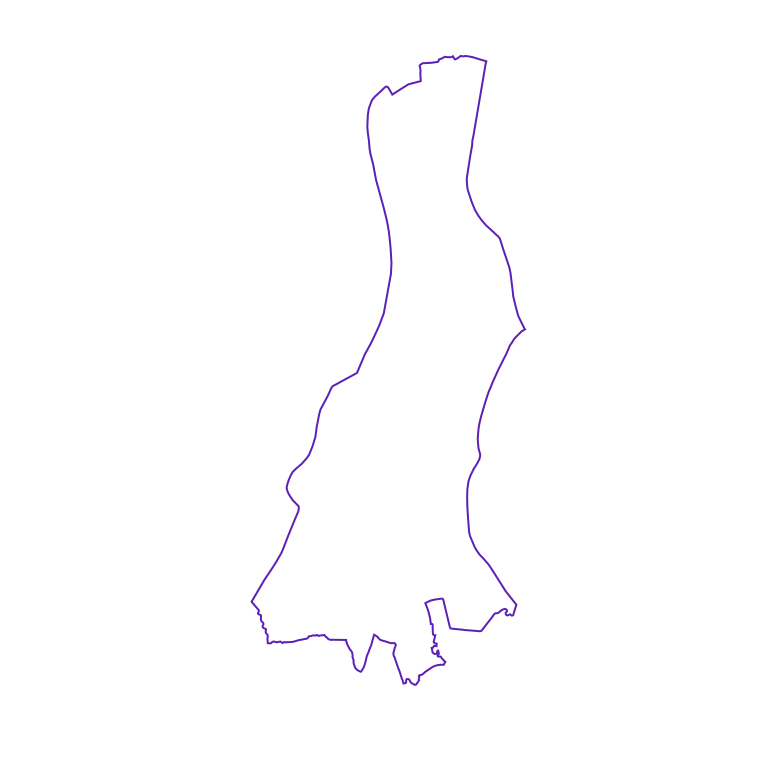 the district of Cho Lach, Bến Tre, Vietnam, rotated 74°
{"feature_id": "81297802B13885304658875", "entity_name": "Cho Lach", "entity_type": "district", "adm_level": 2, "iso_a3": "VNM", "parent_name": "Vietnam", "parent_adm1": "Bến Tre", "projection": "orthographic", "projection_center": [106.202, 10.224], "detail": "fine", "context": "isolated", "style": "outline", "palette": "violet", "viewbox_px": 768, "rotation_deg": 74, "n_neighbors": 0, "source": "geoboundaries", "source_scale": "gbopen_adm2", "svg_char_len": 6117}
<svg xmlns="http://www.w3.org/2000/svg" viewBox="0 0 768 768"><g transform="rotate(74 384 384)"><path d="M370.3,233.4L369.9,233.6L361.4,235.2L355.4,236.2L346.6,236.1L335.4,235.6L329.2,234.5L322.7,233.5L312.2,231.8L306.3,231.4L285.9,232.3L279.9,232.4L275.9,232.6L273.2,233.8L271.5,235.0L269.6,236.0L259.5,242.2L253.3,245.1L247.6,247.1L241.6,248.6L234.0,249.4L231.2,249.6L220.1,250.0L214.9,249.2L208.9,247.7L205.3,246.0L189.1,238.5L178.7,233.4L174.7,232.1L169.8,229.5L104.4,198.1L102.0,196.7L97.4,203.9L97.0,204.5L94.2,208.8L92.6,212.0L91.2,215.1L90.9,217.6L89.8,219.8L91.2,223.8L91.6,226.2L90.6,226.8L88.0,227.4L88.4,228.3L88.4,228.9L88.2,230.1L87.0,233.8L86.2,235.5L86.8,237.5L87.0,238.7L87.1,241.3L87.4,241.8L87.7,242.2L88.8,242.7L89.1,243.1L89.2,243.6L88.3,249.8L86.3,258.5L87.2,261.1L87.8,262.0L90.7,262.2L92.2,262.4L93.3,262.6L95.6,263.5L103.0,265.2L102.7,275.4L102.7,278.0L105.3,287.1L108.1,296.2L100.2,298.2L99.4,298.7L99.0,299.4L98.7,300.1L99.2,301.7L101.7,306.4L105.3,313.6L107.6,317.1L110.9,319.7L115.3,322.8L121.0,325.4L132.4,329.2L138.7,330.4L146.5,331.5L153.7,333.0L158.9,333.6L169.9,333.9L185.7,335.4L214.5,335.7L227.6,336.2L238.9,337.3L250.3,339.3L257.5,340.7L270.2,343.6L280.1,347.0L316.0,364.7L326.4,372.4L330.3,375.7L339.8,384.0L346.8,390.8L349.7,393.8L365.9,406.9L371.9,433.7L372.9,435.3L379.9,441.3L391.0,452.1L395.3,454.7L403.6,458.9L406.2,460.3L415.9,464.5L423.8,469.6L431.5,475.6L433.9,478.6L437.9,484.8L441.2,492.0L443.2,495.8L446.1,498.8L450.1,502.1L453.5,504.4L456.8,506.2L458.8,506.4L462.6,506.1L466.5,505.1L470.9,503.6L477.8,499.8L479.8,500.0L482.9,501.5L488.6,506.2L498.1,513.7L503.7,518.1L515.6,527.1L518.3,529.4L524.6,535.9L529.1,540.9L534.5,547.2L539.1,552.7L556.8,571.3L563.0,568.5L565.4,567.4L566.5,566.8L566.9,566.7L567.6,566.8L568.3,567.2L569.1,568.0L569.6,568.3L570.1,568.4L570.6,568.2L571.2,567.4L571.9,566.4L572.3,566.1L573.1,566.2L574.8,566.7L575.8,567.1L576.9,567.3L578.0,567.2L579.0,566.8L579.9,566.2L580.6,566.0L581.2,566.0L581.9,566.2L583.4,567.5L583.9,567.6L584.4,567.6L585.3,567.1L586.7,565.5L587.1,565.1L587.5,565.0L588.0,565.3L588.9,565.8L589.7,566.1L590.6,566.2L591.9,565.6L593.1,565.2L594.4,565.2L595.5,565.8L597.2,566.4L601.2,567.1L601.7,565.5L602.0,564.8L602.0,563.9L601.4,562.9L601.1,561.9L601.1,561.0L602.6,558.5L602.9,557.4L602.9,555.4L603.1,554.5L603.7,553.9L604.7,553.4L605.1,552.7L604.5,551.2L604.7,550.6L605.2,549.8L606.6,543.5L606.8,541.5L606.7,536.9L607.4,529.3L607.4,527.7L606.8,526.8L605.9,525.9L605.9,524.8L606.2,524.1L606.2,523.2L606.0,521.9L606.2,521.0L606.8,519.9L606.9,519.2L606.8,518.0L607.0,517.2L607.9,516.8L608.2,516.0L608.1,514.8L608.6,512.5L608.8,510.7L609.0,510.4L609.7,510.1L610.2,510.1L611.1,509.5L611.7,508.9L613.4,508.1L614.0,507.6L615.2,505.9L615.5,505.0L615.6,504.1L619.6,491.0L620.9,491.2L622.4,491.1L623.5,491.2L628.7,490.2L630.3,489.7L631.5,489.1L632.6,488.8L633.7,488.7L636.0,488.9L637.4,489.4L638.4,489.6L640.1,489.4L641.1,489.4L643.4,490.0L644.7,490.2L646.1,490.1L648.7,489.9L649.3,489.7L651.1,488.8L652.0,488.1L652.9,487.3L653.0,487.1L654.1,485.9L654.2,485.3L651.6,482.4L650.8,481.7L649.0,480.3L647.4,479.2L644.7,477.7L641.0,475.6L639.5,474.5L637.2,472.5L634.8,470.9L631.4,468.2L629.7,467.2L626.4,465.2L624.2,463.8L622.3,462.6L623.6,461.3L625.7,459.7L627.4,459.0L628.7,458.3L629.8,456.9L632.2,453.0L634.9,449.1L635.7,446.4L636.0,445.3L636.7,444.9L637.1,444.7L637.5,444.6L637.9,444.6L638.5,444.7L639.0,445.1L640.3,446.2L644.0,448.4L645.2,449.1L646.0,449.3L646.9,449.5L648.4,449.5L649.8,449.1L650.5,449.1L651.7,449.1L659.9,448.7L661.2,448.6L663.7,448.3L665.9,448.2L671.2,448.1L673.8,447.8L675.6,447.8L677.3,447.8L677.4,446.3L677.4,445.6L677.2,445.2L676.9,445.0L675.9,444.7L675.0,444.4L674.5,444.1L674.1,443.7L674.0,443.4L674.1,442.8L674.3,442.2L674.5,441.8L674.8,441.4L675.2,441.2L676.1,441.0L677.2,440.8L678.5,440.3L679.1,440.0L681.6,437.4L681.8,437.0L681.8,436.5L681.7,435.9L681.2,435.3L680.4,434.3L679.3,432.9L678.4,432.0L678.2,432.1L677.8,432.1L677.3,431.9L675.9,431.0L675.4,430.8L674.8,430.9L674.4,431.1L674.0,430.7L673.7,430.2L673.7,429.6L673.9,428.8L673.9,428.1L673.5,426.5L673.1,425.6L672.5,424.6L672.1,423.7L669.5,415.6L669.2,414.1L669.0,412.4L669.0,411.0L669.1,409.2L669.6,406.5L670.2,404.6L670.4,404.1L667.9,401.6L666.6,402.6L665.5,403.0L665.0,403.3L664.1,403.8L663.4,404.1L662.2,404.4L661.8,404.6L661.5,404.9L661.4,405.4L661.2,406.4L660.9,406.9L660.7,407.2L660.4,407.3L660.1,407.4L659.8,407.4L659.5,407.2L659.2,406.7L658.8,406.0L658.6,405.7L658.4,405.6L656.9,405.5L656.0,405.4L655.4,405.4L655.1,405.5L655.0,405.9L655.1,406.1L655.6,406.4L656.7,407.0L657.1,407.3L657.4,407.6L657.6,408.0L657.7,408.4L657.7,408.9L657.6,409.3L657.3,409.8L656.9,410.3L655.6,411.3L653.7,411.1L650.9,411.0L651.0,409.8L649.5,408.1L650.5,405.8L648.1,405.0L647.5,406.2L647.3,406.5L646.7,407.0L645.8,407.4L645.1,407.1L641.3,404.9L639.8,404.1L639.8,404.3L639.4,404.9L638.9,405.4L638.5,405.8L638.2,405.8L636.0,405.5L628.7,403.6L628.3,403.7L628.0,403.8L627.8,404.2L627.6,405.1L622.1,404.3L616.0,404.0L612.6,404.1L606.1,404.7L605.5,402.2L605.0,398.5L605.2,394.9L605.4,393.6L606.1,388.2L606.5,386.9L607.8,386.5L635.5,387.7L637.2,387.5L637.9,386.1L642.1,375.6L642.5,374.9L646.4,364.4L647.7,361.2L648.2,359.3L648.1,358.3L637.7,344.1L635.7,341.7L635.2,340.6L635.3,339.2L635.6,338.1L635.6,337.4L634.7,335.5L634.3,334.3L633.8,333.2L633.5,331.9L633.5,329.7L634.3,328.7L635.2,328.2L636.0,328.2L636.8,329.0L637.6,330.2L638.6,330.4L639.9,330.0L640.5,329.2L640.5,328.3L640.2,327.1L640.3,326.1L641.0,325.6L641.7,325.2L642.0,324.3L641.7,323.4L639.7,322.2L632.7,317.6L616.6,324.2L597.1,329.9L590.1,332.0L585.9,333.4L582.4,335.1L579.7,336.3L574.6,339.0L570.0,340.7L565.6,341.8L558.1,342.7L554.0,343.2L549.8,343.0L540.2,341.0L535.1,340.0L524.6,337.6L516.8,335.6L508.5,333.0L501.0,329.7L496.3,326.5L490.8,321.6L486.2,316.5L483.6,314.0L482.1,312.7L479.2,311.2L477.0,310.9L474.5,310.9L471.8,310.9L463.2,309.2L458.4,307.5L452.7,305.3L447.9,303.0L441.3,299.2L429.6,291.8L420.7,285.8L417.4,283.1L412.4,279.2L401.0,269.5L388.5,257.9L386.3,256.1L381.6,252.3L379.2,249.3L376.5,246.4L374.5,243.0L371.4,237.4L370.3,233.4Z" fill="none" stroke="#5b21b6" stroke-width="2"/></g></svg>